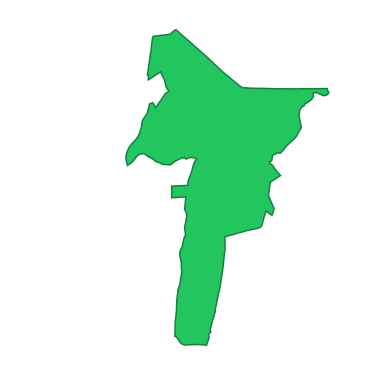 the district of Plopeni, Prahova, Romania, rotated 111°
{"feature_id": "2599482B12764649469915", "entity_name": "Plopeni", "entity_type": "district", "adm_level": 2, "iso_a3": "ROU", "parent_name": "Romania", "parent_adm1": "Prahova", "projection": "robinson", "projection_center": [25.96, 45.044], "detail": "fine", "context": "isolated", "style": "filled", "palette": "green", "viewbox_px": 384, "rotation_deg": 111, "n_neighbors": 0, "source": "geoboundaries", "source_scale": "gbopen_adm2", "svg_char_len": 6038}
<svg xmlns="http://www.w3.org/2000/svg" viewBox="0 0 384 384"><g transform="rotate(111 192 192)"><path d="M332.9,156.3L332.8,155.8L332.8,155.0L333.3,153.9L335.9,150.2L337.1,148.4L337.4,147.3L337.6,146.4L337.6,144.9L337.5,144.0L335.4,139.3L332.2,131.7L329.7,123.4L328.3,123.7L323.5,123.7L321.8,123.8L321.6,123.9L320.9,124.4L320.0,125.1L319.6,125.2L318.9,125.3L318.3,125.2L317.2,124.8L316.1,124.2L315.7,124.3L315.5,124.7L315.2,125.0L314.7,125.4L314.1,125.7L313.5,125.8L308.6,126.3L305.0,126.7L302.9,126.9L302.0,126.9L301.3,126.8L301.0,126.9L298.3,127.3L295.9,127.3L294.3,127.7L294.3,128.4L291.5,128.5L288.1,129.0L286.8,129.2L285.9,129.3L284.8,129.6L283.5,129.8L280.3,130.4L277.2,130.9L275.3,131.1L271.5,131.6L269.8,132.0L263.2,133.4L254.8,135.2L252.2,135.8L250.2,136.3L244.3,137.9L239.6,139.2L236.9,139.8L234.6,140.3L232.9,140.9L230.2,142.0L227.5,142.9L224.4,144.2L223.3,144.7L222.1,145.1L221.7,144.7L221.3,144.1L219.8,142.2L219.1,141.5L218.4,140.5L218.0,139.6L217.2,138.6L215.5,136.4L213.8,134.5L211.7,131.3L211.0,130.3L210.6,130.0L210.4,129.5L209.7,128.6L208.3,126.8L207.7,125.9L207.1,124.8L206.5,124.0L206.0,123.4L205.5,122.7L205.0,121.7L202.1,117.3L200.7,115.8L200.3,115.6L199.3,114.9L198.7,114.8L197.2,114.8L196.5,114.9L194.5,115.1L192.3,115.5L189.5,115.8L188.7,115.8L186.8,115.8L185.7,115.9L183.9,116.1L183.5,116.1L183.1,116.0L183.3,115.4L183.9,113.8L183.9,113.4L184.2,112.3L184.4,112.0L184.9,110.4L185.0,109.8L185.0,109.2L184.8,108.9L177.8,109.5L175.5,112.0L173.3,114.1L169.3,118.1L168.7,118.6L167.9,119.2L166.5,119.7L164.0,120.3L154.6,122.4L154.2,122.0L150.8,119.5L144.9,115.3L144.3,116.4L143.3,118.4L141.5,121.7L141.3,121.9L140.5,123.0L139.7,124.2L138.5,126.0L137.7,127.9L137.4,129.2L137.4,129.6L136.2,130.6L135.3,129.6L134.9,129.3L134.6,129.1L134.0,128.8L133.3,128.9L132.6,129.1L130.9,129.6L130.1,129.7L129.2,129.6L128.1,129.3L127.7,129.1L127.0,128.6L126.8,128.3L126.5,127.6L126.4,127.4L126.1,127.2L125.5,127.0L124.8,126.4L124.6,125.8L124.5,125.1L124.5,124.1L124.2,123.6L123.9,123.3L123.6,123.1L121.8,122.5L121.2,122.3L120.2,121.7L118.9,121.4L117.9,121.2L115.2,120.3L113.6,119.6L112.8,119.1L110.6,118.0L108.9,117.2L108.2,116.9L107.1,116.3L105.2,115.4L103.4,114.7L101.6,114.3L98.7,114.0L97.8,113.9L94.4,113.3L93.4,113.1L92.9,113.2L92.6,113.2L92.2,113.4L91.0,114.1L89.6,114.9L88.4,115.8L86.9,116.6L86.2,117.0L85.5,117.6L84.1,118.3L82.6,119.3L81.9,119.6L81.3,119.8L78.8,120.3L76.8,120.7L76.1,120.6L74.6,120.1L73.7,120.0L73.2,120.1L72.9,120.0L72.6,119.7L72.1,118.7L71.7,118.3L71.5,118.2L71.3,118.2L70.7,118.3L70.3,118.3L69.9,118.3L69.6,118.2L69.3,118.1L65.9,115.5L64.7,114.7L62.7,113.6L61.9,113.3L60.5,113.0L59.4,112.9L58.8,113.0L58.2,113.3L57.1,114.1L56.7,114.4L56.3,114.4L56.1,114.3L55.7,113.9L54.4,110.7L54.4,110.3L54.6,109.5L54.8,108.9L54.8,108.1L54.9,104.7L54.8,103.7L54.7,102.9L53.9,101.9L53.2,101.1L52.5,100.6L51.9,100.3L51.1,100.0L50.4,99.9L49.7,100.3L48.8,101.6L47.8,102.6L47.0,102.9L54.1,121.0L56.2,126.5L57.9,130.4L62.7,143.2L64.3,147.2L70.7,165.3L72.2,169.2L74.5,175.8L75.0,177.7L75.6,179.3L76.2,181.3L76.4,182.1L76.4,182.9L76.0,184.7L73.8,191.7L72.1,196.7L69.5,204.4L69.0,205.8L59.9,228.4L53.1,246.5L51.2,251.7L48.3,259.8L46.5,264.3L46.4,265.0L46.8,266.0L47.6,266.3L49.0,267.3L52.7,269.1L53.8,271.2L54.4,272.4L58.8,280.6L59.1,281.3L60.6,284.0L61.6,284.1L62.5,284.0L66.5,283.1L69.5,282.3L71.0,282.1L73.9,281.1L75.7,280.5L75.8,280.7L77.0,280.6L82.3,279.3L91.0,277.3L93.2,276.7L98.8,275.6L98.6,274.7L99.4,274.1L101.2,273.6L102.0,273.5L103.0,272.9L91.2,264.5L91.0,264.3L92.6,262.9L95.0,260.5L96.0,259.2L97.1,257.9L97.5,257.6L101.7,254.9L102.9,254.0L104.0,252.8L104.5,252.3L104.8,251.6L106.3,249.7L109.9,252.2L121.2,254.9L126.3,256.1L126.2,256.5L125.9,256.9L125.3,257.6L124.9,258.1L124.3,258.5L124.0,259.0L122.6,260.7L123.7,261.7L124.8,263.2L125.9,263.1L126.9,262.9L128.0,262.7L130.7,262.6L132.4,262.3L133.2,262.1L134.6,262.1L136.2,262.3L138.4,262.9L141.3,263.7L142.5,263.8L144.3,263.6L145.5,263.4L146.3,263.3L149.0,262.6L149.8,262.5L150.5,262.4L151.6,262.5L151.8,262.4L152.8,262.1L153.3,262.1L155.8,262.0L158.4,262.2L162.3,263.0L163.8,263.5L165.8,264.4L168.0,265.3L171.4,266.4L172.5,266.7L173.0,266.8L175.4,266.9L176.9,267.0L179.0,266.9L180.6,266.8L182.4,266.4L182.9,266.2L183.7,265.8L185.0,265.4L185.4,265.2L186.2,264.6L187.4,263.9L188.8,262.9L190.4,261.7L187.1,259.5L184.8,258.3L182.5,257.4L179.8,256.7L178.7,256.4L177.8,256.0L176.5,255.3L175.8,254.6L174.7,253.2L174.0,251.8L173.5,250.8L173.5,250.4L173.5,249.8L173.7,248.9L174.4,246.8L174.5,246.1L174.8,244.0L175.0,242.5L175.0,241.9L175.2,240.5L175.3,240.0L175.6,239.3L176.2,238.2L176.3,238.1L176.3,237.9L176.4,236.2L176.5,234.7L176.5,234.2L176.4,233.9L176.3,232.7L176.7,229.8L176.7,229.1L176.4,228.1L175.6,225.6L174.7,223.1L174.6,222.3L174.3,221.7L174.2,221.6L173.8,221.3L173.4,221.1L172.4,220.7L171.8,220.4L168.6,218.2L166.6,216.4L165.2,215.0L164.5,214.2L163.9,213.3L163.2,212.5L162.4,211.5L162.6,210.9L163.0,210.6L163.2,210.2L163.4,209.8L163.2,209.3L163.0,208.9L162.7,208.6L162.2,208.1L161.6,207.5L161.1,206.9L160.8,206.4L160.3,205.7L160.1,205.1L159.6,203.9L159.4,202.7L159.4,202.3L159.6,201.8L159.6,201.1L159.5,200.3L159.6,199.8L159.7,199.3L160.3,199.6L161.9,200.1L163.1,200.4L164.6,200.4L165.9,200.4L167.5,200.3L169.8,200.0L172.7,199.7L174.2,199.6L183.1,199.6L187.3,198.3L193.8,213.1L204.7,208.9L198.7,196.1L201.5,195.3L209.3,193.1L210.9,192.6L211.1,192.3L211.8,191.7L214.3,189.2L215.7,188.5L222.0,187.1L224.5,186.8L224.8,186.7L226.6,186.5L227.9,186.1L229.2,185.6L230.0,185.2L233.2,183.2L233.9,182.8L234.8,182.7L236.1,182.8L237.5,182.9L238.4,182.9L240.9,182.6L242.3,182.2L243.9,181.9L245.0,181.7L246.3,181.7L251.8,181.9L252.7,181.8L254.1,181.3L256.6,179.9L258.1,179.1L259.7,178.0L262.3,176.4L263.9,175.8L265.5,175.2L267.2,174.5L269.9,173.1L272.2,172.4L273.5,172.1L277.5,171.6L279.1,171.1L281.4,170.3L282.2,170.2L284.7,170.1L287.6,170.1L289.2,170.0L289.9,169.5L294.3,168.5L295.8,168.1L299.1,167.2L301.6,166.4L306.3,164.7L312.9,162.7L318.4,161.3L320.8,160.6L324.5,159.3L328.6,157.7L332.1,156.6L332.9,156.3Z" fill="#22c55e" stroke="#15803d" stroke-width="1.5"/></g></svg>